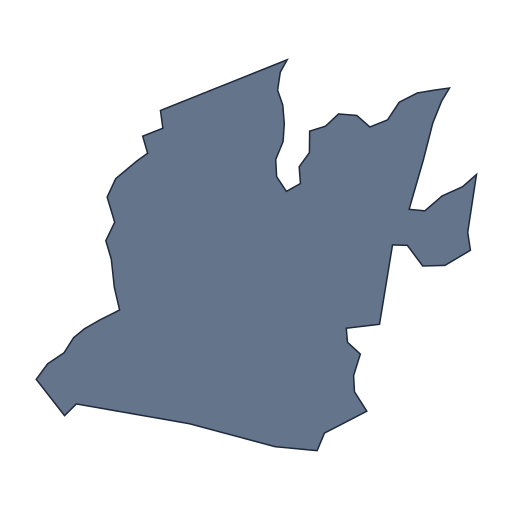 Harmonia, Rio Grande do Sul, Brazil, rotated 269°
{"feature_id": "56859067B90836934538092", "entity_name": "Harmonia", "entity_type": "district", "adm_level": 2, "iso_a3": "BRA", "parent_name": "Brazil", "parent_adm1": "Rio Grande do Sul", "projection": "robinson", "projection_center": [-51.418, -29.546], "detail": "fine", "context": "isolated", "style": "filled", "palette": "slate", "viewbox_px": 512, "rotation_deg": 269, "n_neighbors": 0, "source": "geoboundaries", "source_scale": "gbopen_adm2", "svg_char_len": 984}
<svg xmlns="http://www.w3.org/2000/svg" viewBox="0 0 512 512"><g transform="rotate(269 256 256)"><path d="M377.8,144.8L360.6,149.4L353.0,138.4L335.8,117.1L317.5,108.2L292.2,115.3L273.9,106.1L255.1,111.3L227.1,113.8L204.4,118.7L194.8,98.7L186.1,83.0L177.5,72.2L162.6,62.4L151.9,45.8L136.5,34.1L99.7,61.8L111.2,73.8L89.5,186.3L65.0,271.8L60.3,313.7L77.8,321.4L86.4,338.9L98.9,364.1L118.5,352.1L134.7,351.5L156.1,358.6L168.1,346.0L182.2,345.0L185.6,378.3L264.7,392.7L264.0,407.5L243.1,422.5L243.3,444.7L258.0,470.5L276.0,468.1L333.7,477.9L321.7,463.8L312.8,443.1L298.2,425.6L300.0,409.9L349.1,425.0L385.9,435.1L407.8,444.4L420.6,452.4L418.8,437.6L416.2,420.1L407.3,401.9L389.8,389.9L383.0,372.1L394.8,359.2L396.6,341.0L384.6,327.8L379.9,311.8L358.5,311.2L344.4,300.7L327.7,301.7L320.1,287.5L335.0,278.0L352.2,277.4L370.0,285.1L388.0,286.6L406.5,285.4L421.4,280.5L439.4,283.5L451.7,290.6L403.2,163.0L385.4,165.1L377.8,144.8Z" fill="#64748b" stroke="#1e293b" stroke-width="1.5"/></g></svg>